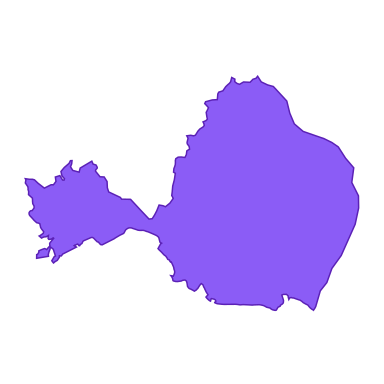 Atiwa West, Eastern, Ghana (orthographic projection), rotated 91°
{"feature_id": "2480657B65169023596143", "entity_name": "Atiwa West", "entity_type": "district", "adm_level": 2, "iso_a3": "GHA", "parent_name": "Ghana", "parent_adm1": "Eastern", "projection": "orthographic", "projection_center": [-0.601, 6.209], "detail": "fine", "context": "isolated", "style": "filled", "palette": "violet", "viewbox_px": 384, "rotation_deg": 91, "n_neighbors": 0, "source": "geoboundaries", "source_scale": "gbopen_adm2", "svg_char_len": 6060}
<svg xmlns="http://www.w3.org/2000/svg" viewBox="0 0 384 384"><g transform="rotate(91 192 192)"><path d="M308.0,68.4L306.0,67.1L304.4,66.3L288.6,62.0L280.2,55.6L266.0,50.8L252.9,41.7L221.4,28.3L205.1,25.1L192.9,25.5L179.7,32.4L165.0,30.7L155.5,39.1L144.4,46.5L140.2,52.8L136.4,60.8L129.5,81.9L122.1,90.9L111.5,95.6L99.4,98.8L85.1,112.5L83.6,118.3L80.7,124.7L75.1,128.4L77.2,130.0L78.2,133.0L81.3,135.9L81.1,142.4L83.5,146.4L82.6,149.0L80.9,151.2L78.4,151.1L76.8,154.3L81.1,155.3L82.7,156.5L84.1,158.1L86.1,160.1L90.3,162.9L91.7,167.0L93.5,167.9L99.2,168.3L99.6,173.4L101.5,180.0L103.4,180.8L105.2,179.0L107.4,177.0L110.8,178.5L112.1,179.2L116.3,178.5L118.9,177.9L120.4,179.3L121.7,182.2L123.5,181.3L125.3,180.9L126.8,182.1L128.9,185.3L131.0,187.1L135.2,189.6L135.8,191.5L135.3,194.2L135.9,198.2L138.4,196.9L142.4,197.8L143.9,197.6L146.6,195.6L149.3,195.2L150.0,196.5L151.0,197.9L154.7,198.3L157.6,199.7L157.2,203.3L157.4,206.5L159.0,208.8L160.9,209.2L162.6,209.1L165.0,209.2L167.0,209.8L168.9,210.5L172.5,210.8L173.6,209.0L180.2,209.9L186.4,211.4L192.3,211.8L196.0,212.2L197.0,211.5L198.8,210.7L200.7,212.0L203.5,213.9L207.2,218.3L206.2,220.8L205.6,224.7L211.4,226.9L215.6,229.0L219.4,231.3L219.8,234.5L210.9,243.2L200.4,253.3L200.4,262.3L198.7,263.5L193.4,275.3L189.3,276.7L183.0,277.1L178.5,280.1L178.4,283.4L178.4,284.2L172.9,288.8L172.2,288.8L171.3,288.5L170.1,287.4L169.7,287.2L168.9,287.2L166.7,288.4L165.8,291.4L162.9,292.7L170.0,304.2L174.1,305.2L172.5,311.6L168.9,313.9L166.0,312.8L162.7,312.5L162.8,314.1L165.5,315.4L169.7,320.1L173.8,323.4L178.1,322.3L181.0,319.7L182.4,320.2L182.3,321.6L177.9,324.4L179.4,328.9L183.8,328.2L187.2,330.7L187.2,333.0L190.7,339.7L185.9,346.1L182.6,349.7L182.1,351.5L182.1,354.9L181.6,358.9L182.8,358.3L185.9,358.8L189.6,356.2L191.7,355.9L192.3,356.0L194.5,355.3L197.5,355.4L200.9,351.5L202.6,351.3L203.9,351.3L206.5,351.0L208.7,349.7L210.7,349.6L213.4,351.5L213.4,352.1L213.5,352.6L213.6,352.9L214.0,353.5L214.5,354.0L215.1,354.3L215.8,354.6L217.2,354.4L217.9,354.1L218.5,353.7L221.2,351.1L223.0,349.5L225.4,346.8L225.9,344.5L226.7,343.4L227.4,343.4L228.8,343.0L229.5,342.9L230.1,342.7L230.6,342.4L231.2,342.1L231.7,341.7L232.2,341.3L234.3,339.6L235.9,340.0L237.1,341.6L237.3,341.9L237.5,342.1L238.2,343.2L238.5,343.5L238.7,344.0L240.7,341.6L240.0,340.4L239.5,339.1L239.4,337.9L239.3,337.0L238.0,334.8L240.8,335.1L241.8,334.5L241.9,334.0L241.7,333.0L241.6,332.1L241.2,331.3L240.8,330.8L240.3,330.0L240.4,329.8L240.7,329.5L240.8,329.6L245.7,333.4L247.8,333.3L248.4,333.0L249.9,334.6L252.1,336.3L251.2,338.0L251.1,338.3L251.5,339.5L251.6,339.8L252.5,342.0L253.5,344.1L254.9,344.1L257.0,345.3L257.3,346.2L261.0,346.2L258.8,334.4L257.0,334.6L254.5,334.0L251.5,332.9L249.7,332.8L249.9,331.9L251.7,329.7L258.4,327.4L259.0,328.6L263.2,331.0L265.0,329.6L265.4,329.2L264.1,327.8L262.7,325.5L259.4,323.4L258.8,323.5L258.3,323.6L258.0,323.5L258.2,322.2L258.3,321.8L257.9,321.3L256.3,320.2L249.1,306.6L248.5,307.4L248.2,308.0L247.9,308.6L247.7,308.9L247.2,308.3L247.1,307.9L246.9,307.2L246.6,306.7L246.3,306.1L246.2,305.5L246.1,305.3L247.2,304.4L247.7,304.0L247.7,303.4L247.5,303.2L246.6,302.9L246.4,302.7L245.7,301.5L245.4,301.2L245.0,300.9L244.3,300.7L243.7,300.4L242.8,299.8L239.3,292.1L239.2,291.6L239.2,290.7L239.8,289.6L242.0,287.4L243.2,286.1L243.5,285.8L243.6,285.0L243.8,284.6L245.4,283.3L246.2,282.4L246.4,280.9L240.1,269.0L239.2,267.8L236.5,263.4L234.8,260.0L234.4,259.5L234.0,259.2L233.4,258.9L231.2,257.8L230.6,257.2L230.0,256.4L229.5,255.6L229.1,254.8L228.9,254.0L228.9,253.1L228.9,252.2L229.1,251.5L229.4,250.8L229.6,250.1L230.1,248.4L230.8,246.2L231.1,245.4L231.3,243.5L231.2,240.8L231.2,240.0L231.4,239.0L231.8,237.8L232.1,237.2L232.2,236.8L232.4,236.1L232.5,235.4L234.7,230.0L236.0,227.0L236.5,226.2L237.1,225.4L237.7,224.8L238.5,224.3L240.4,223.8L242.2,223.3L242.8,223.1L243.3,222.5L243.5,221.9L243.7,221.5L244.6,222.6L249.2,225.0L250.3,224.0L252.8,221.3L254.2,220.0L255.5,218.7L256.1,217.8L256.6,217.1L257.1,216.7L257.6,216.4L258.0,216.1L258.4,215.8L259.7,215.1L260.2,214.1L260.4,213.4L261.8,212.8L262.4,212.2L262.1,211.9L262.2,211.6L262.6,211.4L263.3,211.0L265.6,209.9L266.7,209.4L268.0,208.9L269.4,208.7L270.4,208.3L271.5,208.0L272.4,207.9L273.5,208.1L274.6,208.4L276.5,209.3L276.1,210.7L276.0,211.7L277.1,210.8L277.8,210.4L278.4,210.1L279.2,209.8L280.4,209.6L281.0,209.4L281.3,208.8L281.6,207.5L281.8,206.5L281.8,205.0L281.6,203.6L281.3,201.9L281.2,201.2L280.6,200.1L280.4,199.4L280.3,198.7L280.2,198.2L280.2,197.7L280.3,197.1L280.7,196.6L281.1,196.1L281.6,195.9L282.4,195.6L283.1,195.4L284.0,195.3L284.7,195.1L286.3,194.9L287.4,194.2L288.0,193.7L288.6,193.0L288.9,192.3L289.2,191.3L289.6,190.7L289.9,190.0L290.5,188.9L290.8,188.4L291.1,187.9L290.3,186.6L289.9,186.0L289.3,185.5L288.8,185.1L288.4,184.6L287.6,184.1L286.7,183.6L285.4,182.8L284.8,182.3L284.2,182.0L283.4,181.1L284.7,179.4L285.4,179.1L286.3,178.8L287.1,178.4L287.8,177.9L288.6,177.6L290.6,176.6L291.5,176.2L292.2,175.7L292.9,175.3L294.0,174.5L294.5,174.2L296.8,176.2L297.7,175.5L298.3,174.9L299.0,174.2L299.6,173.5L300.0,173.0L300.4,172.4L300.7,171.9L300.8,171.6L298.4,171.0L298.2,170.6L298.6,169.0L298.7,168.2L299.1,167.4L299.5,166.8L300.0,166.5L300.4,166.3L301.0,166.3L301.6,167.0L301.8,167.2L302.0,167.4L302.3,167.3L302.4,167.1L302.8,166.1L303.1,165.4L303.3,164.6L303.5,162.4L303.7,160.1L303.8,158.0L303.5,146.8L303.6,144.9L304.0,142.0L303.7,139.0L303.8,134.9L304.0,129.7L303.8,128.1L303.5,122.8L303.7,121.2L304.2,118.9L304.5,118.0L304.7,117.5L305.0,117.0L305.9,115.3L306.2,114.0L306.5,112.5L306.7,111.9L307.5,111.0L308.3,109.6L308.8,107.5L308.9,106.6L308.6,105.6L308.4,105.5L305.7,104.0L305.3,103.2L304.7,101.9L303.7,101.6L302.4,99.7L301.3,98.8L300.6,98.7L298.9,98.6L297.8,98.9L293.5,100.4L292.8,98.9L292.7,95.7L294.3,94.0L295.3,94.0L297.0,93.5L297.7,93.3L296.2,92.5L295.8,91.1L295.8,90.9L296.1,90.1L296.2,88.5L297.0,86.2L297.5,84.6L297.9,83.5L298.2,82.2L299.3,80.4L300.7,78.8L301.5,77.3L302.0,76.4L303.0,74.2L304.4,73.1L305.8,71.8L307.0,70.3L307.7,69.1L307.6,68.7L308.0,68.4Z" fill="#8b5cf6" stroke="#5b21b6" stroke-width="1.5"/></g></svg>